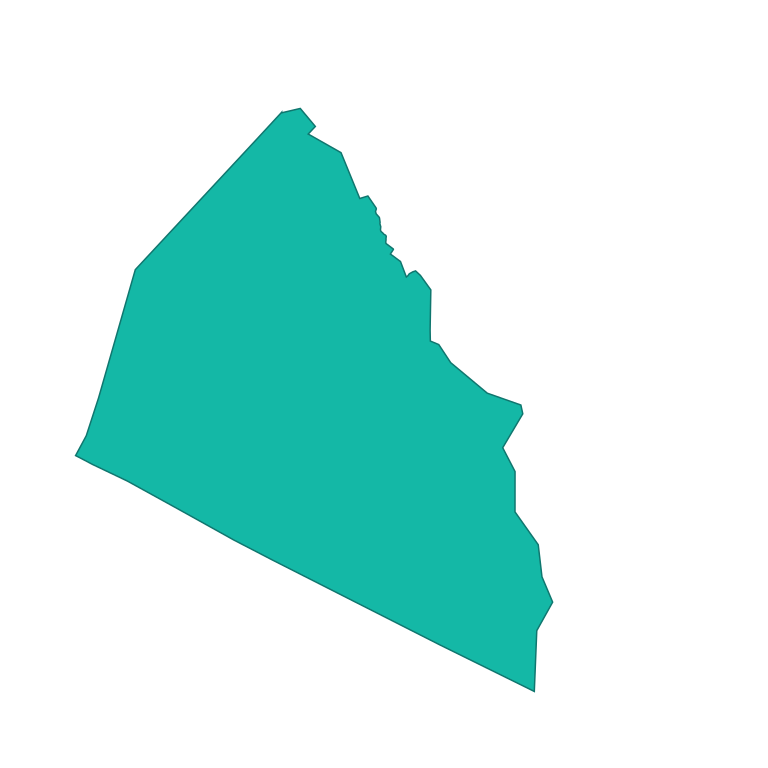 Rowan, North Carolina, United States of America, rotated 27°
{"feature_id": "52423323B48930759923162", "entity_name": "Rowan", "entity_type": "district", "adm_level": 2, "iso_a3": "USA", "parent_name": "United States of America", "parent_adm1": "North Carolina", "projection": "natural_earth1", "projection_center": [-80.524, 35.683], "detail": "fine", "context": "isolated", "style": "filled", "palette": "teal", "viewbox_px": 768, "rotation_deg": 27, "n_neighbors": 0, "source": "geoboundaries", "source_scale": "gbopen_adm2", "svg_char_len": 1046}
<svg xmlns="http://www.w3.org/2000/svg" viewBox="0 0 768 768"><g transform="rotate(27 384 384)"><path d="M657.5,589.7L632.1,534.4L633.3,501.8L612.3,484.1L594.4,457.2L558.8,438.5L540.5,402.5L518.7,386.9L521.2,347.6L520.9,347.2L515.5,340.6L480.2,345.3L433.7,334.7L414.9,324.0L405.8,324.7L400.6,315.0L383.0,278.9L367.1,270.7L360.8,268.9L358.8,270.9L356.5,274.3L356.1,276.9L355.3,278.5L343.1,267.4L330.7,265.3L331.3,259.9L331.0,259.5L322.0,257.9L321.1,256.7L320.4,254.7L319.7,253.4L319.0,251.5L318.7,251.2L318.2,250.8L317.0,250.6L315.7,250.6L314.2,249.9L312.6,249.6L311.7,249.2L310.8,248.1L309.7,245.3L307.6,243.1L307.1,241.7L304.6,238.1L304.0,237.6L299.7,235.9L298.1,234.1L297.7,231.5L297.0,230.7L284.3,223.8L278.2,229.7L240.7,197.4L203.0,195.7L205.9,185.7L184.3,176.5L169.5,189.0L169.5,188.9L169.4,188.6L167.4,195.6L159.2,224.6L110.5,395.0L136.0,526.0L142.2,565.2L141.7,587.8L144.8,587.8L161.0,588.0L199.3,587.0L252.3,588.7L260.9,589.0L321.0,591.2L365.2,591.5L552.6,591.1L657.5,589.7Z" fill="#14b8a6" stroke="#0f766e" stroke-width="1.5"/></g></svg>